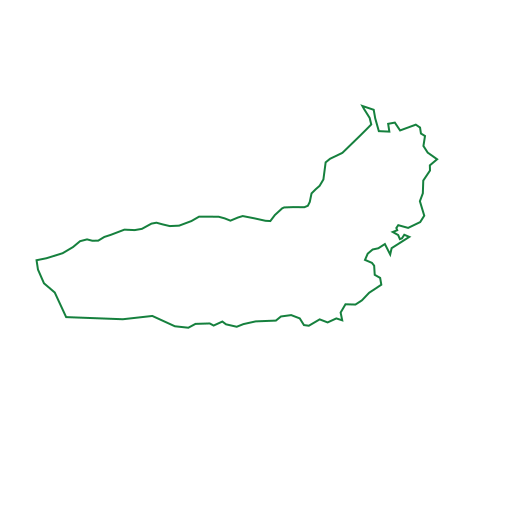 Bakhmal, Jizzakh, Uzbekistan, rotated 156°
{"feature_id": "79887680B12051780015721", "entity_name": "Bakhmal", "entity_type": "district", "adm_level": 2, "iso_a3": "UZB", "parent_name": "Uzbekistan", "parent_adm1": "Jizzakh", "projection": "mercator", "projection_center": [67.761, 39.7], "detail": "fine", "context": "isolated", "style": "outline", "palette": "green", "viewbox_px": 512, "rotation_deg": 156, "n_neighbors": 0, "source": "geoboundaries", "source_scale": "gbopen_adm2", "svg_char_len": 1617}
<svg xmlns="http://www.w3.org/2000/svg" viewBox="0 0 512 512"><g transform="rotate(156 256 256)"><path d="M108.2,211.1L111.9,215.1L115.4,212.8L117.7,212.9L117.6,217.3L121.3,222.3L116.5,222.1L116.4,224.5L113.5,226.3L105.6,219.8L92.2,220.2L85.9,224.4L84.0,239.4L78.1,245.4L72.5,256.9L62.3,263.3L60.3,268.1L51.2,270.7L57.1,280.6L58.3,288.4L52.8,296.9L55.5,300.8L53.9,306.6L56.6,311.0L73.3,312.1L74.9,321.4L81.5,323.0L83.6,315.4L93.0,320.1L91.1,333.3L89.0,341.7L97.8,349.8L97.5,346.3L96.0,335.9L97.2,329.3L103.8,326.7L111.4,323.8L135.1,315.1L148.8,314.7L154.3,313.2L163.3,298.5L169.4,294.2L174.3,292.7L179.8,290.6L184.9,283.5L188.2,280.8L192.0,280.9L201.8,285.4L210.5,288.9L212.7,288.9L222.0,285.8L228.7,282.1L233.0,284.3L242.2,291.1L251.9,297.9L256.8,298.5L265.0,298.7L269.3,303.1L274.2,307.1L292.0,315.1L300.8,314.2L313.9,315.0L322.6,318.4L328.5,322.9L333.4,326.9L338.3,328.1L349.2,327.2L356.3,329.0L365.5,333.6L380.2,334.4L386.8,335.1L393.9,334.2L399.3,336.5L403.6,339.9L410.7,341.1L419.5,338.6L431.5,337.2L448.4,339.2L458.2,341.4L460.7,332.3L460.8,317.3L454.7,304.5L454.3,277.4L403.4,252.4L375.1,243.4L358.7,224.8L347.0,218.0L338.9,218.6L325.7,213.2L323.0,209.7L313.4,209.8L311.2,205.8L302.4,199.2L295.2,198.9L282.9,196.4L264.1,188.9L257.8,190.6L247.9,187.7L241.4,181.2L240.3,173.4L236.1,170.8L223.6,172.2L217.6,166.2L208.0,166.3L203.4,162.2L201.7,169.9L193.9,175.5L184.9,171.2L177.3,172.4L167.6,176.4L153.2,178.8L151.5,185.5L155.2,190.5L152.0,199.1L152.9,202.6L158.0,208.1L153.0,212.7L146.8,214.5L141.1,213.3L133.4,214.5L132.8,202.8L128.9,208.0L108.2,211.1Z" fill="none" stroke="#15803d" stroke-width="2"/></g></svg>